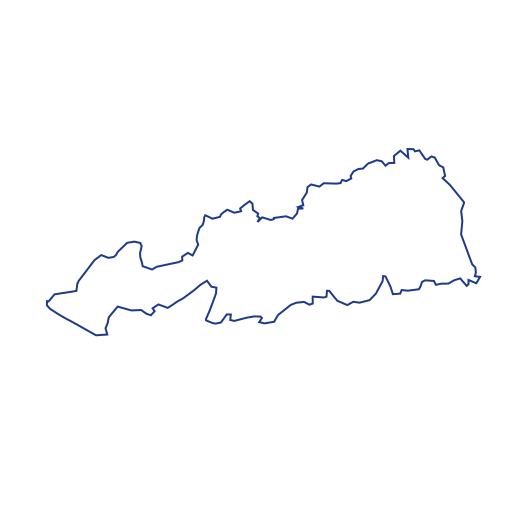 outline of Guaynabo, Puerto Rico, rotated 258°
{"feature_id": "32010507B75781996269938", "entity_name": "Guaynabo", "entity_type": "district", "adm_level": 2, "iso_a3": "PRI", "parent_name": "Puerto Rico", "parent_adm1": "", "projection": "robinson", "projection_center": [-66.113, 18.359], "detail": "fine", "context": "isolated", "style": "outline", "palette": "blue", "viewbox_px": 512, "rotation_deg": 258, "n_neighbors": 0, "source": "geoboundaries", "source_scale": "gbopen_adm2", "svg_char_len": 2768}
<svg xmlns="http://www.w3.org/2000/svg" viewBox="0 0 512 512"><g transform="rotate(258 256 256)"><path d="M211.7,83.1L210.1,94.2L216.6,93.8L221.3,97.0L226.6,99.2L235.3,110.2L228.7,122.7L227.0,132.5L222.2,136.9L219.9,140.9L223.1,145.3L226.3,144.0L228.9,150.5L223.6,158.9L224.9,162.4L226.2,165.7L227.7,169.2L229.7,175.8L235.4,188.4L239.4,195.7L242.0,202.9L235.2,206.0L233.3,210.7L227.7,209.1L221.1,205.0L212.6,199.6L204.6,193.9L203.4,193.8L199.5,199.5L198.3,202.2L198.2,207.8L204.9,215.2L204.0,219.2L198.8,217.5L197.0,221.2L197.6,233.7L197.3,241.6L195.8,247.8L194.1,248.9L190.6,245.4L188.3,250.5L188.0,257.9L187.9,260.0L193.7,265.3L201.0,280.0L201.9,285.8L201.1,293.5L197.3,298.0L197.7,301.6L204.5,303.0L201.3,313.8L201.6,316.5L207.2,318.2L206.7,320.4L200.5,323.5L195.2,326.3L193.8,328.4L189.0,335.1L191.0,341.7L188.8,347.6L189.2,358.0L191.3,361.0L194.2,365.4L205.1,374.6L209.9,376.2L209.1,378.4L198.5,381.1L190.2,382.0L189.2,389.2L192.4,391.4L190.5,397.4L189.6,408.4L191.9,410.5L196.1,413.0L197.0,416.2L196.6,418.0L194.6,424.8L190.4,426.0L190.4,431.5L189.0,438.4L191.1,445.0L191.6,451.1L182.9,455.9L184.3,458.0L188.4,458.9L183.5,465.8L189.0,470.8L190.7,465.9L194.3,467.7L199.3,468.1L203.0,465.7L234.4,461.1L247.2,465.1L257.3,466.0L264.5,470.4L265.4,470.6L284.7,460.7L286.9,459.3L293.4,454.7L295.0,457.6L303.7,457.6L306.8,453.9L315.2,451.3L316.9,448.2L314.6,443.5L315.8,441.7L325.4,437.7L325.3,433.3L327.8,432.2L329.1,426.4L320.5,425.4L329.0,419.1L325.1,411.7L318.3,410.6L319.3,405.2L317.4,401.5L322.6,398.6L324.6,394.1L323.1,384.8L319.3,378.8L319.8,374.2L318.4,368.9L314.6,365.2L312.0,365.3L310.5,359.8L312.5,356.1L309.7,353.8L310.1,349.6L313.1,337.4L310.7,332.5L314.5,324.8L312.7,320.7L307.6,319.0L301.2,312.7L295.8,312.8L295.2,307.8L292.6,312.1L293.6,307.0L289.1,305.0L284.9,299.5L288.6,293.6L289.5,281.4L288.3,281.0L288.2,277.9L292.5,270.1L288.9,264.5L292.2,267.6L294.6,265.6L297.1,266.9L301.7,262.6L307.9,263.4L310.9,261.2L308.4,255.5L308.2,255.1L305.8,250.4L302.9,250.7L302.8,243.8L307.1,237.7L307.2,237.3L305.2,232.7L304.0,230.5L301.8,228.9L301.5,221.3L306.4,214.8L304.6,213.4L301.5,212.5L297.6,210.4L296.5,208.7L295.2,206.5L288.9,202.9L284.1,201.2L282.2,201.4L279.1,201.8L269.9,194.3L269.7,194.1L273.2,190.0L270.7,183.6L267.0,183.0L266.1,179.1L266.1,156.7L264.4,151.5L264.7,151.1L269.5,143.1L270.5,143.0L272.9,143.1L278.6,142.6L282.7,143.1L287.4,145.3L289.5,146.2L292.8,145.5L295.3,140.2L295.7,132.8L288.8,121.6L285.9,119.1L284.6,116.5L284.9,111.2L289.1,104.8L287.2,100.8L285.5,97.1L274.5,84.4L268.4,77.2L266.8,76.3L266.4,75.6L260.2,73.4L259.2,73.0L259.4,68.4L260.4,51.0L254.7,43.7L255.3,42.2L251.2,41.2L247.5,43.4L247.1,43.6L244.8,45.9L241.2,49.5L237.2,53.8L233.2,58.3L231.0,61.1L212.5,82.1L211.7,83.1Z" fill="none" stroke="#1e3a8a" stroke-width="2"/></g></svg>